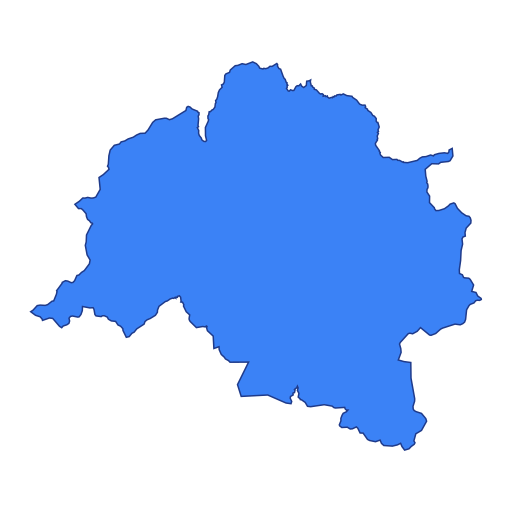 Guamote, Chimborazo, Ecuador (Mercator projection)
{"feature_id": "8360857B94409334599022", "entity_name": "Guamote", "entity_type": "district", "adm_level": 2, "iso_a3": "ECU", "parent_name": "Ecuador", "parent_adm1": "Chimborazo", "projection": "mercator", "projection_center": [-78.64, -2.048], "detail": "fine", "context": "isolated", "style": "filled", "palette": "blue", "viewbox_px": 512, "rotation_deg": 0, "n_neighbors": 0, "source": "geoboundaries", "source_scale": "gbopen_adm2", "svg_char_len": 5973}
<svg xmlns="http://www.w3.org/2000/svg" viewBox="0 0 512 512"><path d="M383.8,445.5L392.4,446.1L397.4,444.9L400.6,443.3L402.0,446.6L404.6,450.1L409.0,448.8L411.2,446.5L414.2,444.3L415.0,442.8L413.9,440.9L415.8,433.8L421.5,430.4L426.6,421.2L425.8,418.6L421.5,413.4L416.0,411.6L414.1,410.5L413.2,409.0L413.0,406.4L414.6,401.2L414.7,398.8L411.0,378.1L410.8,362.5L404.0,361.6L398.3,360.0L401.1,352.4L400.8,348.7L399.5,344.0L400.3,342.4L408.3,333.6L409.9,333.2L412.6,333.8L417.2,331.3L420.5,327.6L429.5,335.0L431.0,335.3L435.7,333.5L440.5,329.2L442.6,328.1L455.0,324.1L460.2,324.8L462.7,323.7L464.6,322.1L465.6,319.4L466.6,309.8L469.0,305.6L470.2,304.4L474.0,302.9L475.7,300.7L477.5,300.2L479.6,300.4L481.3,299.5L481.1,298.4L477.7,296.0L476.0,292.5L471.7,291.4L473.6,285.0L470.2,279.4L468.8,278.2L464.3,277.8L463.5,277.3L462.4,274.8L459.5,273.5L459.3,269.7L460.6,260.6L461.1,250.5L462.6,244.1L462.0,238.9L463.0,237.0L465.3,236.1L465.0,232.5L466.2,228.1L470.8,223.1L471.0,220.3L470.3,217.9L469.0,216.3L466.1,215.8L461.7,212.8L457.4,208.3L455.1,203.7L453.8,202.9L450.1,204.1L448.4,205.9L444.5,208.7L438.9,210.5L435.9,210.6L434.6,208.9L434.3,207.7L429.5,202.6L429.6,196.1L426.9,192.0L427.0,189.4L427.9,187.8L428.0,186.0L427.7,184.0L426.7,182.7L427.1,181.3L425.8,176.2L425.2,169.3L431.8,163.7L438.5,163.9L440.8,162.3L448.4,161.5L450.1,160.7L452.9,156.0L452.2,148.4L449.1,150.0L448.9,152.0L447.7,153.4L444.4,152.8L439.0,153.4L434.4,154.7L433.5,155.9L430.6,155.0L426.0,156.6L422.3,156.9L419.7,158.3L417.3,160.4L407.7,162.7L403.5,162.4L403.4,161.9L402.5,162.0L399.6,160.4L397.7,160.3L396.9,159.4L392.5,159.6L389.2,157.3L383.2,157.5L380.6,155.1L379.9,153.2L380.3,152.5L379.3,151.4L379.4,150.7L375.6,145.2L375.4,143.3L377.4,140.2L377.1,139.4L377.7,138.8L377.2,136.0L378.4,133.5L377.4,132.3L378.5,131.5L378.0,129.9L379.2,127.0L377.9,122.5L377.2,122.5L376.2,121.2L376.2,118.5L374.4,116.2L372.8,115.5L370.9,112.5L367.8,110.4L367.4,109.1L365.2,107.7L365.6,106.4L365.0,105.1L362.3,105.2L359.6,104.1L356.6,100.1L352.6,97.4L352.0,96.3L346.8,95.6L343.3,93.9L340.9,95.0L340.2,94.4L336.9,94.9L336.1,96.0L334.7,95.9L333.9,97.0L333.1,96.6L332.4,97.7L331.4,97.4L329.2,98.2L327.5,97.0L327.3,96.0L325.9,96.6L325.3,95.7L323.2,96.2L323.4,94.6L322.1,93.7L320.7,94.0L319.5,93.4L316.4,89.9L314.3,89.3L314.3,88.1L312.7,87.1L312.3,85.9L311.3,85.8L310.3,81.9L310.6,80.0L309.2,80.8L306.7,81.2L306.3,85.5L303.7,87.5L301.7,86.2L300.6,84.0L298.8,85.8L297.2,85.7L295.9,86.7L293.9,90.4L292.8,90.6L290.5,89.8L289.3,91.1L288.3,91.0L286.5,88.5L287.2,87.3L287.1,85.5L287.8,85.2L286.8,83.8L287.1,82.9L286.1,82.1L285.2,79.3L284.2,78.5L283.1,76.2L280.6,69.2L279.0,68.6L277.5,66.2L277.6,64.5L276.8,63.5L272.1,66.4L270.0,66.3L267.9,68.0L265.6,68.7L263.8,68.3L263.0,69.0L259.6,68.1L258.9,66.4L256.4,63.7L252.7,61.9L245.9,64.5L242.1,63.7L237.8,65.4L235.2,65.7L230.3,70.0L229.5,72.4L225.9,73.9L224.8,75.4L224.3,82.2L223.2,84.1L221.5,84.9L222.1,87.3L219.5,89.9L218.3,92.6L217.6,96.8L216.7,99.4L215.6,100.5L216.0,102.7L215.4,103.4L214.9,107.1L213.2,109.5L212.2,109.8L210.3,111.7L209.2,111.7L208.7,114.7L207.9,116.0L208.0,118.6L208.6,119.4L208.3,121.1L205.4,127.5L205.5,135.8L206.6,140.4L205.6,141.5L203.8,141.4L201.7,139.7L201.4,138.2L199.3,135.5L198.6,133.3L198.7,130.5L197.3,127.6L198.5,126.7L198.0,125.5L198.6,118.8L198.2,116.1L199.0,114.8L199.0,112.7L198.0,112.3L197.5,111.2L192.1,109.0L190.0,107.0L188.1,106.4L186.7,107.3L185.9,110.5L172.4,118.8L169.4,119.7L166.5,118.3L164.5,118.2L155.7,119.8L152.7,122.4L148.1,129.9L145.1,133.2L140.2,133.4L136.6,135.0L133.3,137.2L128.2,138.9L124.7,141.0L121.1,141.9L119.5,144.0L114.3,145.3L110.2,150.1L108.9,155.7L108.3,164.4L107.5,166.2L108.5,167.4L109.0,169.3L103.3,174.6L99.0,177.5L100.2,189.4L95.8,197.1L93.2,198.0L91.0,198.1L87.7,197.4L85.0,198.1L82.8,198.0L79.4,201.2L74.9,204.3L78.5,208.6L81.3,208.6L83.1,210.2L86.1,213.7L86.5,216.7L87.6,219.4L89.5,220.8L90.9,222.8L92.3,223.2L92.6,223.9L91.2,225.5L86.5,235.0L86.2,242.0L85.3,245.3L87.1,254.9L90.1,260.0L89.4,263.8L84.3,270.6L81.5,272.4L78.9,275.0L76.9,275.5L74.6,280.7L73.0,282.4L71.2,282.7L67.8,281.1L65.4,280.7L62.2,282.4L62.1,283.3L56.6,290.7L57.0,291.6L56.4,294.3L53.7,300.9L52.0,301.2L47.7,304.6L45.2,305.4L40.1,305.1L37.2,305.6L33.1,310.1L30.7,311.7L35.5,315.3L40.2,316.8L42.2,319.2L42.5,320.4L49.4,318.0L52.7,318.4L59.5,326.3L61.7,327.7L63.2,326.0L66.8,324.8L68.9,323.4L69.6,321.0L69.0,318.2L70.5,316.4L72.5,316.0L77.9,317.1L79.2,316.8L81.0,314.4L82.3,310.7L82.5,306.5L89.8,307.9L93.1,307.7L94.0,309.4L94.9,314.5L96.0,315.9L101.2,316.6L102.3,315.8L104.2,315.7L107.3,317.1L108.4,319.2L111.3,320.9L115.6,321.4L118.0,325.0L120.6,326.2L122.8,328.6L123.0,330.5L126.3,337.3L129.2,336.6L131.9,333.3L134.2,332.1L136.7,328.9L144.1,324.1L145.0,321.5L147.1,319.8L150.2,318.5L155.4,315.3L157.4,312.3L157.5,310.1L159.0,306.3L165.4,301.5L167.2,301.0L170.3,298.9L172.8,298.1L173.8,298.4L174.9,297.5L175.7,298.1L175.6,297.3L177.4,297.3L177.5,296.4L179.4,295.8L180.6,297.2L181.1,301.1L180.8,302.0L182.5,302.2L183.8,304.7L183.5,306.1L186.2,311.7L189.7,314.9L189.1,318.3L189.2,319.7L190.1,321.4L196.4,327.6L202.8,326.5L205.2,326.9L206.4,326.0L207.0,326.4L206.6,327.8L207.4,330.7L213.2,336.1L213.9,348.5L219.0,346.7L219.2,349.7L221.3,354.5L224.4,357.3L225.4,358.9L228.5,360.6L230.0,362.2L248.6,362.1L237.5,384.6L241.2,396.4L267.7,395.0L286.0,403.0L291.0,403.7L291.7,401.5L290.2,398.2L290.5,396.5L293.2,394.9L292.9,393.9L293.2,392.9L294.5,392.6L295.0,390.4L294.5,389.7L295.1,389.4L295.2,388.6L296.6,388.0L297.4,386.2L298.1,387.9L297.4,390.4L298.9,393.4L298.2,397.1L300.1,398.8L300.3,399.6L301.5,399.8L305.2,402.4L307.5,406.3L310.6,406.7L324.2,404.7L332.1,406.1L333.9,407.6L335.4,408.0L344.7,407.4L345.1,408.8L346.4,410.1L347.8,410.1L346.3,411.8L343.2,413.3L342.1,415.2L340.9,418.3L340.9,420.9L339.3,424.9L339.8,426.0L341.8,427.5L347.3,427.2L350.2,429.0L352.4,428.8L356.4,426.9L357.8,428.2L360.1,433.0L363.1,433.1L367.5,439.4L369.6,440.5L375.5,441.7L380.1,440.1L381.5,443.4L383.8,445.5Z" fill="#3b82f6" stroke="#1e3a8a" stroke-width="1.5"/></svg>